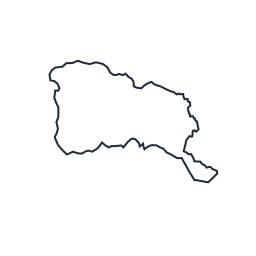 Omodos, Limassol, Cyprus (Equal Earth projection), rotated 139°
{"feature_id": "46923920B71532820386546", "entity_name": "Omodos", "entity_type": "district", "adm_level": 2, "iso_a3": "CYP", "parent_name": "Cyprus", "parent_adm1": "Limassol", "projection": "equal_earth", "projection_center": [32.802, 34.86], "detail": "fine", "context": "isolated", "style": "outline", "palette": "slate", "viewbox_px": 256, "rotation_deg": 139, "n_neighbors": 0, "source": "geoboundaries", "source_scale": "gbopen_adm2", "svg_char_len": 1904}
<svg xmlns="http://www.w3.org/2000/svg" viewBox="0 0 256 256"><g transform="rotate(139 128 128)"><path d="M64.1,117.5L67.1,119.8L67.2,120.9L69.2,121.4L69.9,125.1L71.8,127.8L73.9,132.5L75.9,137.6L79.4,143.3L80.1,147.5L84.5,148.9L88.0,149.4L91.9,149.2L95.0,152.7L96.3,155.7L93.4,159.4L92.9,162.6L94.1,166.4L94.2,170.6L97.1,171.2L99.4,174.7L101.8,175.6L104.0,177.3L105.1,181.4L103.8,187.1L104.9,192.7L109.1,198.6L114.9,201.3L119.0,206.7L119.4,207.4L121.7,211.6L127.5,213.6L131.9,217.3L137.3,217.3L143.2,221.3L147.5,221.6L152.0,220.0L155.3,215.0L152.7,211.4L152.2,207.4L153.8,202.9L156.3,202.0L158.3,204.0L163.7,199.3L165.5,194.7L166.9,189.5L169.5,186.4L173.4,182.0L178.2,179.4L181.2,173.6L184.9,171.0L188.1,169.7L189.4,169.1L192.0,161.0L192.0,154.5L191.5,148.1L189.7,147.5L185.2,146.3L182.1,141.3L179.1,138.7L175.6,138.3L172.7,136.9L170.6,133.7L166.1,132.8L162.7,132.8L157.1,134.1L156.6,129.9L155.2,125.9L152.2,125.1L149.9,123.0L144.5,119.2L144.2,116.4L141.1,116.9L137.3,117.6L133.7,117.6L131.7,117.2L129.8,114.7L129.7,109.2L131.2,106.4L128.1,106.2L126.9,106.4L127.1,105.7L127.6,105.7L127.8,105.5L129.5,101.2L125.5,101.0L122.3,100.0L120.9,99.1L117.7,96.0L116.6,92.4L114.9,89.3L114.9,84.4L112.8,79.5L110.7,73.0L107.2,70.2L109.5,58.9L110.7,53.7L111.4,48.6L112.0,45.0L111.3,44.6L103.1,34.4L90.4,35.1L89.1,37.2L90.2,39.7L91.3,41.8L91.1,43.6L92.0,45.3L94.6,46.5L94.5,49.4L95.7,52.2L95.5,55.2L97.6,57.2L99.8,59.3L98.6,61.9L98.0,64.1L97.6,67.0L99.7,68.8L99.7,70.6L101.2,73.9L97.0,76.9L96.2,77.5L95.2,78.0L93.8,79.3L92.1,80.5L88.7,81.2L86.9,81.6L86.2,80.2L84.9,79.5L82.3,82.1L81.0,83.2L80.8,82.9L79.3,82.6L78.9,80.5L75.7,80.6L74.0,83.7L72.6,86.1L71.6,88.0L72.2,88.9L72.0,90.0L71.3,91.1L72.0,92.1L71.2,94.1L73.6,96.1L72.3,97.4L72.5,99.1L71.8,99.7L71.2,101.6L69.2,104.0L66.3,104.0L64.4,107.1L65.4,108.7L64.7,109.8L64.0,110.7L66.4,112.7L65.6,115.0L64.1,117.5Z" fill="none" stroke="#1e293b" stroke-width="2"/></g></svg>